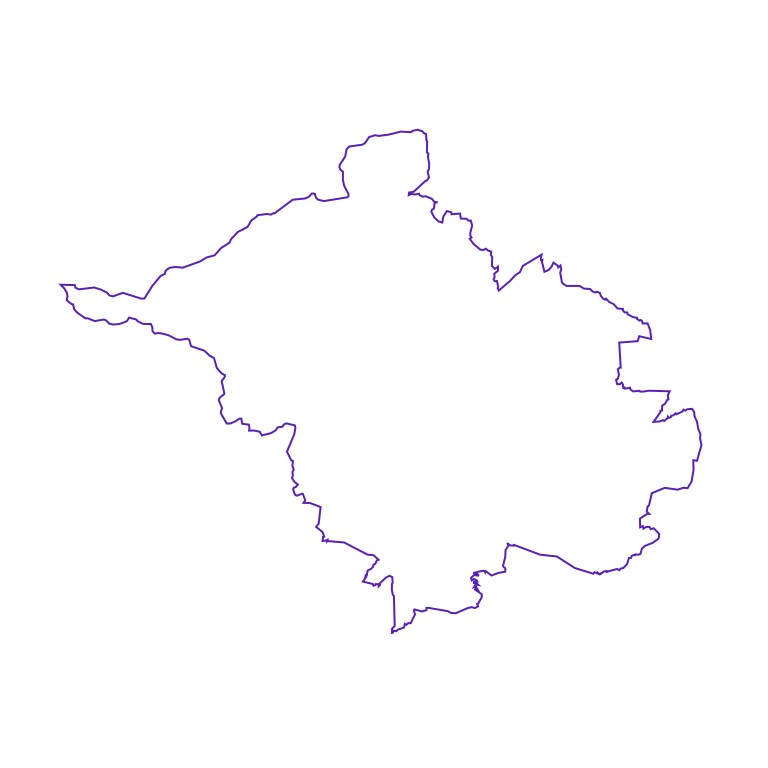 Zapotlanejo, Jalisco, Mexico, rotated 352°
{"feature_id": "50627088B58634544896561", "entity_name": "Zapotlanejo", "entity_type": "district", "adm_level": 2, "iso_a3": "MEX", "parent_name": "Mexico", "parent_adm1": "Jalisco", "projection": "mercator", "projection_center": [-103.045, 20.64], "detail": "fine", "context": "isolated", "style": "outline", "palette": "violet", "viewbox_px": 768, "rotation_deg": 352, "n_neighbors": 0, "source": "geoboundaries", "source_scale": "gbopen_adm2", "svg_char_len": 6152}
<svg xmlns="http://www.w3.org/2000/svg" viewBox="0 0 768 768"><g transform="rotate(352 384 384)"><path d="M460.5,142.3L458.8,141.5L457.0,139.0L452.8,136.9L447.9,137.2L445.8,138.4L435.7,136.4L423.6,137.7L413.3,137.6L409.9,136.4L403.7,137.4L398.5,143.0L395.6,144.0L382.5,144.0L379.6,146.4L377.2,153.4L370.7,160.8L370.0,162.8L370.6,165.7L372.9,168.1L371.7,176.1L372.1,181.9L375.3,191.2L375.1,192.9L373.7,194.0L349.8,194.5L344.0,192.1L342.6,189.9L341.9,186.0L339.3,185.3L335.5,188.2L332.0,189.3L319.3,188.8L299.3,199.8L298.4,199.4L295.6,200.5L291.8,199.4L282.2,199.2L281.4,200.4L275.3,203.7L270.7,209.5L260.4,213.1L252.6,219.4L250.8,222.5L241.9,226.5L234.1,233.0L226.0,234.0L218.7,237.1L200.9,240.8L193.9,239.1L188.1,239.1L185.0,240.4L183.3,241.9L182.3,244.4L177.7,246.0L168.2,254.6L158.7,266.0L155.5,265.7L138.1,257.4L127.7,259.5L124.3,258.0L122.3,254.9L116.6,251.0L110.4,248.1L95.1,247.8L91.8,245.7L91.6,243.0L77.6,240.7L80.8,245.0L82.7,249.5L82.8,252.9L81.5,257.0L85.6,261.3L87.2,261.9L87.5,266.6L89.9,270.4L97.5,277.5L99.6,277.6L106.3,281.4L115.6,281.2L117.4,282.1L120.5,286.1L124.1,287.4L130.1,287.8L136.5,286.5L138.2,285.9L140.8,282.8L147.6,285.6L148.8,287.6L153.9,291.0L161.5,292.2L162.5,295.4L162.1,299.5L163.9,302.2L167.6,302.1L172.5,303.6L177.5,305.8L184.8,311.0L188.3,311.9L195.7,311.8L197.3,313.2L198.2,319.7L210.7,326.0L215.3,331.7L219.3,334.7L220.7,345.0L224.6,350.8L227.7,353.2L227.3,354.8L223.6,358.6L224.6,370.9L224.1,372.0L219.7,374.4L218.1,376.9L220.3,385.4L218.4,389.1L218.5,390.7L222.8,401.3L226.5,401.7L231.8,400.2L235.8,398.2L237.9,398.4L238.0,403.6L244.4,405.4L244.7,408.6L243.9,411.4L249.3,412.1L254.3,414.0L255.9,417.9L265.4,416.9L269.9,415.0L272.9,412.1L277.4,412.2L279.4,410.1L281.7,409.4L289.9,412.5L290.1,415.3L288.1,421.4L278.5,437.5L281.5,446.6L283.1,447.6L281.9,452.1L282.7,456.3L281.1,458.4L280.9,462.1L279.8,464.5L281.7,468.4L284.7,471.7L282.2,473.8L280.2,474.1L279.4,475.5L279.8,478.8L280.9,481.7L282.2,482.5L287.6,481.2L288.4,481.6L289.8,488.1L287.8,490.5L294.2,491.6L304.1,497.0L299.9,513.2L296.9,516.1L302.2,521.7L302.9,523.4L303.5,526.9L302.3,527.0L301.3,531.0L305.4,530.8L305.4,531.9L306.6,530.6L306.7,531.8L322.5,535.4L343.8,550.6L349.9,552.1L354.1,557.3L352.3,557.8L350.3,560.9L348.4,561.4L347.9,563.4L345.5,565.2L341.8,566.5L340.4,570.8L339.3,570.7L338.6,572.9L339.2,573.0L335.6,576.7L345.1,580.5L345.6,582.3L347.6,581.9L347.8,581.0L350.7,581.4L350.5,583.7L352.1,582.4L352.1,580.8L359.3,575.8L362.8,574.7L365.3,576.4L364.9,582.1L364.1,582.9L363.1,589.2L363.4,594.0L364.3,595.5L360.9,625.1L358.0,627.3L357.2,631.6L358.0,631.6L359.4,629.7L361.8,630.5L363.4,629.2L369.9,628.0L371.2,624.4L372.7,625.6L374.8,624.1L377.1,624.6L382.6,616.5L382.1,612.1L382.8,611.5L390.3,614.6L394.6,613.8L394.8,611.7L396.4,611.7L415.5,617.8L418.4,620.0L423.2,621.0L435.5,617.6L439.5,617.2L443.0,618.5L446.2,617.3L445.7,614.6L446.9,614.3L451.2,608.6L451.5,605.7L445.5,600.2L446.5,599.3L448.1,600.5L446.9,597.5L444.7,597.8L446.8,595.3L449.5,596.1L447.5,593.7L445.3,593.6L445.5,592.3L449.0,592.7L448.5,591.4L445.9,589.6L443.5,590.6L443.3,587.9L446.8,585.7L450.4,586.9L450.9,586.3L450.0,585.0L446.0,583.5L456.0,582.7L457.6,583.3L458.0,584.6L458.7,583.5L463.8,588.6L470.7,587.0L477.9,586.7L478.5,583.5L476.6,581.3L476.8,580.0L479.9,572.4L481.3,565.4L484.9,561.0L483.8,558.6L486.6,561.5L490.2,562.1L490.3,561.5L492.2,562.4L514.7,574.7L531.2,578.9L547.4,592.8L564.8,601.0L566.4,599.8L569.9,601.8L569.8,601.0L571.2,602.5L571.8,602.0L572.4,603.0L572.2,602.3L575.4,600.3L578.4,600.2L578.4,601.0L589.1,599.6L591.1,601.2L592.5,599.8L595.6,599.4L599.6,596.2L602.3,590.5L604.5,590.6L605.3,588.8L607.9,587.9L609.2,589.1L608.8,588.1L609.5,587.7L611.7,588.5L614.3,588.0L616.5,582.9L619.7,580.7L627.9,578.7L634.0,575.6L634.8,574.4L635.7,570.8L631.0,564.4L627.9,564.9L627.1,562.5L623.7,562.0L620.7,563.3L620.5,560.8L617.7,561.5L618.7,552.9L626.5,549.3L628.5,549.5L626.4,547.0L626.8,545.6L628.0,542.1L629.6,541.0L634.0,529.4L647.6,525.9L660.0,529.5L666.1,528.4L670.1,529.4L675.0,523.4L678.5,512.5L679.7,502.5L683.3,503.6L689.9,488.6L689.4,481.7L690.4,477.7L689.0,472.5L688.7,464.9L687.0,458.9L687.3,455.0L685.5,451.5L680.8,451.2L678.6,452.3L677.0,451.1L675.6,452.8L669.2,454.7L668.8,453.6L665.9,455.4L664.1,455.4L663.4,456.7L661.2,457.2L660.6,455.9L660.0,457.3L656.2,459.7L655.2,458.6L651.9,459.4L645.6,459.1L653.7,450.5L654.0,448.9L655.6,449.0L656.5,444.2L659.6,442.6L662.2,439.2L663.5,438.9L663.4,434.9L665.9,431.0L645.3,427.5L639.4,427.6L636.3,427.1L636.0,426.3L629.6,426.0L627.2,423.6L627.0,421.8L622.3,422.2L620.6,421.5L621.4,420.5L620.2,419.6L620.6,417.7L619.5,415.6L617.3,417.2L614.7,416.4L614.5,412.0L616.3,411.3L618.0,407.5L617.6,402.0L619.6,400.6L620.7,400.8L622.7,375.7L641.2,376.9L643.4,372.2L654.9,376.6L655.1,367.5L653.4,360.6L648.6,360.1L648.3,357.5L647.1,356.3L645.8,356.8L643.6,354.6L643.7,353.6L639.8,352.4L635.0,348.9L634.8,347.0L632.2,346.5L630.8,344.3L631.1,342.9L625.7,341.7L622.5,336.8L618.3,334.0L615.8,330.4L614.9,331.3L613.1,330.3L611.0,326.9L610.5,324.0L607.8,322.2L606.4,322.9L603.5,321.5L601.2,318.5L595.4,317.4L591.2,314.1L578.4,312.3L575.0,309.3L574.3,308.1L574.0,298.1L575.5,295.3L575.3,291.2L572.8,292.8L572.4,290.8L568.7,287.4L566.3,291.0L563.0,294.0L558.5,295.2L557.4,284.7L558.1,283.1L556.8,283.2L556.6,281.9L558.1,277.8L537.9,286.4L534.1,292.2L529.2,294.5L522.9,299.7L510.7,307.4L509.9,304.8L510.6,303.9L510.2,297.7L508.0,297.7L507.1,295.7L508.3,293.8L508.6,290.1L512.6,287.8L513.2,283.7L509.8,285.5L507.3,282.2L508.8,273.4L507.8,270.8L508.6,267.9L505.9,266.6L503.7,264.2L501.4,265.1L498.1,264.4L492.1,257.6L489.1,252.1L491.1,251.1L490.2,249.5L490.4,246.5L493.4,239.3L492.7,234.3L490.2,234.0L488.9,231.9L483.1,230.9L483.0,225.8L474.5,225.3L474.6,223.4L470.4,221.5L466.0,226.5L464.2,232.2L460.6,230.6L457.0,226.1L454.8,220.0L455.9,217.9L457.4,217.6L458.2,216.3L459.2,211.7L462.4,211.4L459.2,210.7L457.2,207.3L451.5,203.9L448.5,203.9L445.4,201.9L445.1,200.4L441.0,200.6L437.5,199.6L434.8,200.4L435.5,197.9L440.1,197.8L453.4,188.6L454.6,188.6L457.3,185.7L456.8,179.8L458.6,177.3L459.4,172.0L459.1,165.3L460.0,162.0L458.7,160.7L460.5,149.7L459.9,148.6L460.5,142.3Z" fill="none" stroke="#5b21b6" stroke-width="2"/></g></svg>